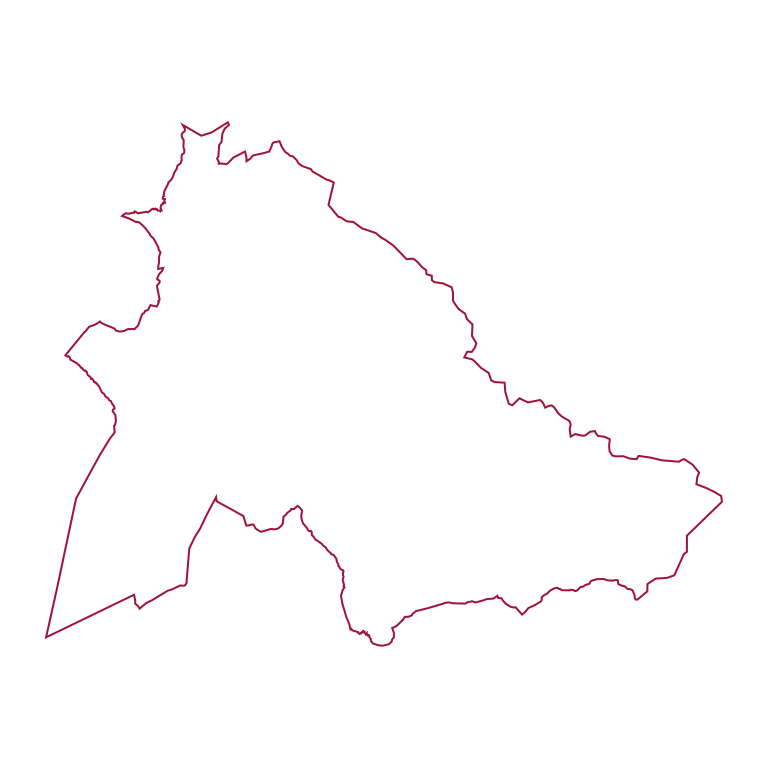 Kwaebibirem, Eastern, Ghana (Mercator projection)
{"feature_id": "2480657B54074930978119", "entity_name": "Kwaebibirem", "entity_type": "district", "adm_level": 2, "iso_a3": "GHA", "parent_name": "Ghana", "parent_adm1": "Eastern", "projection": "mercator", "projection_center": [-0.887, 6.234], "detail": "fine", "context": "isolated", "style": "outline", "palette": "rose", "viewbox_px": 768, "rotation_deg": 0, "n_neighbors": 0, "source": "geoboundaries", "source_scale": "gbopen_adm2", "svg_char_len": 6091}
<svg xmlns="http://www.w3.org/2000/svg" viewBox="0 0 768 768"><path d="M465.1,313.7L458.8,309.2L454.9,303.9L453.0,300.4L453.0,292.7L451.7,287.3L443.0,283.4L434.2,282.1L431.9,280.1L431.8,275.7L426.5,274.2L426.1,270.2L422.0,267.1L417.6,262.1L415.0,259.8L412.8,258.7L406.6,259.2L393.2,245.4L385.5,240.0L381.2,237.6L375.9,233.1L361.9,228.3L353.4,222.0L347.4,221.4L345.4,220.5L340.6,217.3L338.4,216.9L328.5,204.9L333.8,182.5L329.0,180.2L326.5,179.6L312.5,171.5L310.8,169.1L302.3,166.1L298.5,163.4L296.6,160.0L292.8,156.3L289.9,155.8L288.6,154.2L285.3,152.1L281.7,146.7L279.5,141.2L273.3,142.5L272.1,144.3L271.6,146.4L269.3,151.5L263.4,153.2L253.5,155.3L252.2,156.2L250.5,158.6L246.5,161.2L246.4,157.0L245.0,151.5L233.0,157.8L229.0,162.2L226.7,164.1L221.1,163.5L218.7,163.7L218.9,161.9L217.1,158.7L218.4,156.2L219.1,145.2L221.5,141.9L222.4,133.7L224.9,128.4L229.0,124.9L227.9,122.3L211.5,132.5L201.3,135.7L182.8,125.0L185.0,129.1L184.6,131.4L182.9,132.5L181.7,134.5L181.9,137.3L183.5,139.8L183.7,140.7L183.4,147.0L184.4,150.2L184.1,153.0L181.9,154.7L181.5,157.0L181.7,160.0L180.4,163.6L177.5,165.5L176.7,168.8L174.3,172.6L172.6,177.5L170.9,180.2L168.3,182.5L168.4,183.1L164.1,191.8L164.2,193.4L163.5,195.3L164.0,196.1L163.0,196.9L162.8,198.8L165.0,199.1L164.2,201.0L165.1,202.7L163.1,202.9L163.3,203.7L162.8,204.3L161.7,204.4L161.3,204.8L160.5,207.9L161.6,210.5L160.7,210.7L160.4,211.3L158.9,210.4L157.8,210.5L156.9,209.1L156.4,209.6L155.8,209.4L155.4,208.7L154.8,209.1L153.9,208.7L153.3,209.3L152.3,208.8L148.0,212.4L146.2,211.8L138.3,213.3L134.6,211.4L134.0,212.8L132.2,212.8L128.9,213.8L126.2,213.2L123.3,214.8L122.1,216.0L130.0,218.9L135.5,221.8L138.9,222.2L142.3,225.1L145.2,228.1L149.6,233.7L150.0,235.0L153.9,239.0L158.4,247.4L158.7,249.9L160.5,252.2L159.1,256.8L159.0,262.6L158.2,266.5L158.2,269.0L163.2,267.9L162.0,271.1L159.0,274.3L157.1,278.7L157.3,279.5L159.3,280.5L159.7,281.1L159.6,282.4L156.9,285.9L159.6,299.4L159.5,299.9L158.3,301.1L158.9,302.1L156.8,306.5L150.4,305.1L148.1,309.7L146.6,310.6L145.1,310.9L143.9,313.2L142.5,313.9L141.9,314.8L138.1,325.6L134.3,329.2L131.8,328.8L129.9,329.2L128.2,329.0L124.5,330.8L121.6,331.4L119.0,331.4L115.7,330.5L114.6,328.6L103.9,324.2L100.8,322.5L100.0,321.5L95.5,324.4L89.0,326.9L85.7,331.1L84.4,332.1L65.4,355.3L67.2,356.5L68.2,356.1L70.1,357.9L70.4,359.6L76.9,363.3L78.6,365.0L79.2,365.2L81.0,367.7L82.0,368.0L83.3,369.8L85.0,371.0L85.4,370.6L86.8,371.9L87.6,374.8L89.0,376.2L89.7,376.3L90.7,377.5L90.9,378.9L92.0,378.7L93.7,380.6L93.8,381.8L95.3,382.6L95.7,382.4L96.3,383.6L97.3,384.0L97.8,385.2L98.6,385.6L102.0,392.5L104.1,393.9L105.5,396.6L108.2,398.2L109.2,400.2L110.9,401.1L112.2,403.9L113.9,406.0L114.6,408.4L113.0,409.7L112.7,411.2L115.4,415.1L115.9,421.1L115.0,424.9L114.1,425.9L114.7,432.4L109.7,438.9L99.6,455.4L76.1,498.5L56.9,588.8L46.1,637.3L134.0,594.8L135.3,600.8L135.1,603.4L138.1,606.2L139.6,608.6L146.3,603.0L152.1,600.2L167.5,590.8L171.5,589.6L180.2,585.5L183.9,585.7L185.3,585.1L186.7,582.4L186.6,580.9L189.3,548.4L194.7,537.3L200.0,528.8L207.0,514.2L216.1,497.1L216.6,501.3L243.4,516.0L246.2,525.3L247.0,525.7L252.8,524.4L253.6,524.7L255.4,528.2L257.2,529.7L261.0,531.8L270.0,529.2L271.6,529.0L274.7,529.4L278.1,528.5L281.5,525.7L282.8,523.5L283.5,516.9L286.4,514.1L287.3,512.8L290.7,510.4L291.2,509.0L293.9,509.1L297.6,505.8L299.7,507.6L302.2,510.6L301.2,515.7L301.5,518.6L302.9,523.2L307.0,528.1L307.9,530.0L308.8,530.9L309.9,531.2L310.9,530.9L311.6,531.7L312.0,535.3L313.2,536.3L315.5,539.7L316.9,540.3L322.2,544.2L323.0,545.5L325.8,547.5L327.2,550.0L330.6,553.0L331.1,554.1L333.7,555.0L336.5,559.0L336.8,561.5L338.4,564.6L338.4,566.2L339.3,566.8L340.2,568.7L341.4,569.7L342.8,570.1L343.6,571.4L342.9,572.9L343.0,574.8L343.6,577.0L342.8,578.7L342.8,580.6L344.1,584.8L343.6,586.6L344.5,587.4L342.8,589.7L341.0,595.8L342.2,602.9L346.4,617.3L349.2,623.9L350.4,628.9L350.7,628.4L351.2,628.6L352.4,630.4L358.0,632.1L358.2,633.0L359.5,633.9L360.2,633.2L360.8,633.6L361.6,632.4L362.4,632.4L362.8,631.2L363.6,631.1L364.1,632.0L364.6,632.1L364.3,632.7L366.0,634.0L366.5,633.5L366.3,634.5L367.1,634.2L367.6,635.4L368.7,635.0L369.3,635.8L369.2,636.7L370.8,638.9L370.9,641.0L373.0,643.5L378.5,645.3L382.7,645.7L388.9,644.2L391.7,641.6L392.1,639.4L393.9,637.3L393.9,632.8L392.2,628.0L396.4,626.1L403.2,619.6L404.2,617.6L405.2,616.8L408.4,616.8L411.9,615.3L412.4,614.0L416.1,611.1L428.8,607.9L443.4,603.6L444.3,603.0L448.7,602.4L453.1,603.3L465.5,603.6L467.9,602.0L470.2,601.8L471.7,601.3L472.9,601.4L475.2,602.5L481.5,600.9L487.3,599.0L493.4,598.6L497.4,595.8L498.3,598.0L501.6,598.3L502.7,600.3L506.0,603.9L510.7,606.8L513.5,607.5L515.6,607.3L522.1,614.6L524.4,612.7L528.5,608.0L534.3,605.4L541.0,601.4L541.6,600.2L541.8,597.0L544.7,594.7L546.4,594.2L550.2,590.5L554.0,588.5L556.9,587.8L558.2,588.2L558.9,588.9L560.3,589.1L561.8,590.2L569.3,590.4L570.0,589.8L573.2,590.0L575.1,591.1L576.4,590.9L577.4,590.2L580.3,587.1L583.1,586.6L585.6,584.9L588.8,584.0L589.5,583.6L590.5,581.6L591.6,580.7L596.9,579.2L603.6,579.0L608.0,580.4L612.8,580.6L615.2,580.1L617.6,580.2L618.0,581.1L618.2,584.0L622.4,585.9L624.3,586.1L625.4,586.8L626.6,588.3L627.9,589.0L630.1,589.1L632.6,590.4L634.6,595.5L634.9,598.2L635.7,599.5L637.4,599.6L647.3,591.4L647.5,584.0L655.7,578.6L666.9,577.9L674.3,575.3L683.9,554.1L686.9,551.8L686.9,535.7L721.9,501.8L721.2,496.0L714.3,491.9L706.7,488.2L696.4,484.2L697.3,477.1L699.1,472.6L692.6,464.7L684.0,459.0L680.8,460.5L679.0,461.7L661.8,460.3L650.5,457.6L638.6,455.9L636.7,459.1L630.2,458.7L623.3,456.2L615.8,456.4L612.3,455.5L609.6,451.4L609.1,445.8L609.8,439.2L604.6,436.8L598.0,435.9L596.1,433.5L594.9,431.1L590.1,431.8L585.2,435.5L582.5,435.7L575.2,434.1L570.7,436.6L569.7,429.2L570.7,424.5L569.4,421.0L561.9,416.6L558.2,413.2L554.3,407.5L551.7,405.4L548.4,406.0L545.2,407.7L542.8,402.5L540.2,400.0L527.9,402.4L519.4,398.3L512.2,405.3L508.8,403.8L505.3,391.9L504.6,382.7L494.4,382.0L491.2,380.4L488.7,372.9L481.0,367.9L474.9,361.5L472.1,359.3L464.3,357.4L467.2,351.7L471.8,351.9L474.7,348.0L476.4,343.3L472.0,336.0L472.5,324.4L466.9,319.1L465.1,313.7Z" fill="none" stroke="#9f1239" stroke-width="2"/></svg>